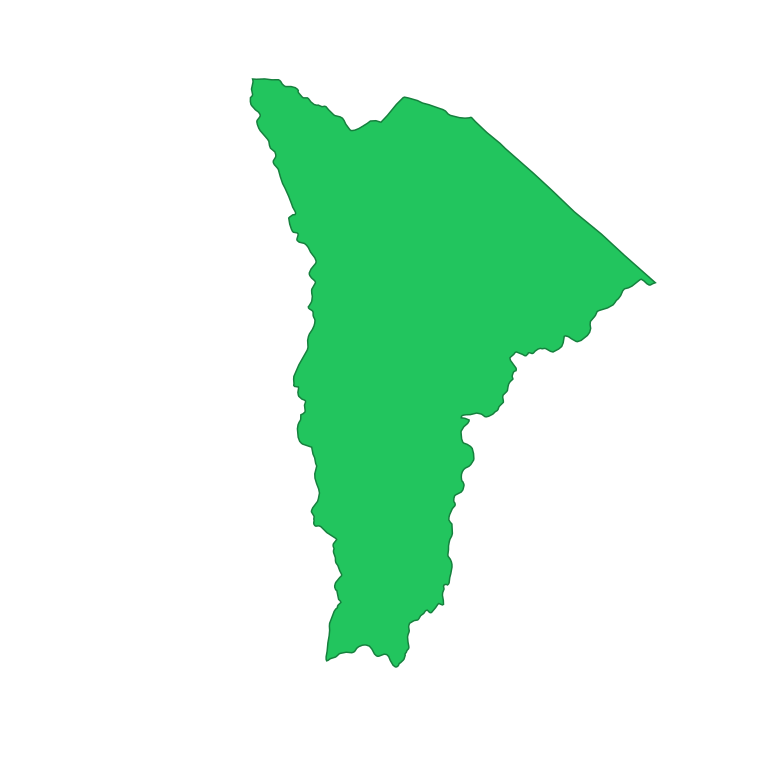 Mwanza, Mwanza, Malawi, rotated 199°
{"feature_id": "42251766B31446962769453", "entity_name": "Mwanza", "entity_type": "district", "adm_level": 2, "iso_a3": "MWI", "parent_name": "Malawi", "parent_adm1": "Mwanza", "projection": "orthographic", "projection_center": [34.516, -15.608], "detail": "fine", "context": "isolated", "style": "filled", "palette": "green", "viewbox_px": 768, "rotation_deg": 199, "n_neighbors": 0, "source": "geoboundaries", "source_scale": "gbopen_adm2", "svg_char_len": 6171}
<svg xmlns="http://www.w3.org/2000/svg" viewBox="0 0 768 768"><g transform="rotate(199 384 384)"><path d="M388.7,664.4L390.1,663.4L394.0,661.7L399.4,660.4L408.7,659.6L411.2,660.1L414.7,662.1L417.3,662.6L432.5,662.7L439.1,662.2L444.6,662.9L454.1,662.4L458.0,661.9L459.1,661.0L463.3,652.4L468.2,639.1L472.1,630.5L477.4,630.3L482.5,628.2L484.7,624.9L490.9,617.4L494.2,614.5L496.7,613.2L498.0,612.9L499.3,613.5L504.7,617.2L507.6,620.2L509.8,621.8L512.5,622.3L517.9,621.8L519.3,622.2L525.6,625.2L529.1,627.3L530.5,627.3L532.9,626.0L537.0,626.3L538.3,625.7L541.0,625.5L544.9,626.9L548.3,629.2L549.6,629.6L553.4,628.3L554.8,628.7L559.4,631.4L560.4,632.3L560.6,633.6L561.8,634.5L564.4,635.3L568.6,635.0L573.8,633.2L575.4,633.4L577.9,634.5L580.1,636.4L581.5,637.1L582.9,637.3L589.1,635.1L596.2,633.6L603.8,630.6L607.6,629.6L606.5,627.9L606.1,626.5L605.3,619.7L602.5,615.0L602.4,613.6L603.5,611.2L602.3,607.5L600.8,605.0L599.7,604.1L594.9,601.4L591.1,600.2L588.9,598.5L588.3,597.2L588.5,595.8L589.8,591.9L589.6,590.5L588.2,588.1L585.7,585.1L583.5,583.2L573.9,577.6L571.9,576.0L569.9,572.2L568.1,570.0L562.7,567.9L561.1,565.7L560.5,564.4L560.4,563.1L561.3,559.1L561.0,557.8L560.2,556.7L559.1,555.7L554.5,553.1L553.5,552.1L549.5,546.2L545.1,540.5L541.2,536.8L535.2,530.4L529.6,523.7L528.0,521.6L523.8,517.8L523.1,516.5L523.3,515.2L525.3,514.3L527.6,511.1L528.1,509.9L525.2,504.5L522.1,500.4L520.3,498.6L519.1,498.0L515.3,498.6L514.1,498.0L513.7,496.7L513.5,492.5L512.8,491.4L510.4,490.5L505.0,491.0L502.4,490.0L500.0,488.4L496.3,484.7L490.5,480.8L488.5,478.5L487.9,477.2L487.9,475.8L490.4,469.0L490.8,464.7L490.3,463.4L489.4,462.3L487.1,460.7L483.3,459.1L482.2,458.3L481.8,457.1L483.1,450.3L482.9,448.9L481.8,446.2L480.3,443.6L479.4,439.4L479.3,438.0L480.2,433.6L480.7,432.4L480.1,431.3L478.9,430.7L476.2,430.1L475.0,429.5L474.3,428.5L473.4,425.9L472.6,424.7L470.6,422.7L469.9,421.5L469.3,419.0L469.1,416.2L469.5,412.2L470.8,407.1L470.9,404.3L470.4,400.4L467.8,394.0L467.6,391.2L470.7,374.6L471.7,361.9L471.0,359.1L469.3,355.2L468.9,353.3L467.8,352.6L464.0,353.3L463.4,352.2L462.7,348.1L461.4,345.6L460.5,344.6L456.8,343.0L454.2,342.9L452.9,342.6L452.3,341.4L452.3,338.1L449.9,333.2L449.6,331.9L450.8,329.6L452.6,327.8L451.4,324.0L451.2,322.7L451.8,320.2L452.0,317.5L451.3,313.5L447.8,305.7L445.1,302.4L442.8,301.1L441.4,300.7L431.8,300.7L428.3,294.6L425.5,291.6L422.7,286.6L420.9,284.6L420.2,276.5L418.6,272.5L415.3,267.9L411.6,263.5L409.5,259.9L408.7,254.2L408.6,251.4L411.1,243.7L411.3,240.9L411.0,239.5L406.9,236.0L406.4,233.4L405.7,232.3L405.2,229.7L404.5,228.5L403.3,227.6L402.1,227.4L399.7,228.6L398.5,228.7L397.1,228.5L389.7,224.9L379.2,222.3L378.1,221.5L379.8,216.5L379.7,215.2L379.2,214.0L377.5,211.9L377.6,210.6L377.3,209.3L376.7,208.1L373.4,203.9L372.4,201.2L371.7,199.9L370.8,198.9L368.6,197.4L365.1,193.1L362.1,190.2L361.7,188.9L362.9,186.5L364.8,181.3L365.1,179.9L364.9,177.1L364.4,175.8L362.7,173.7L361.4,173.4L356.8,165.6L354.5,164.5L353.6,163.5L355.4,160.0L355.6,158.7L355.2,157.4L356.4,155.4L357.1,152.8L357.5,140.0L356.8,137.3L355.2,133.4L353.9,128.1L352.8,121.1L350.8,112.9L349.9,107.2L349.0,104.7L348.1,103.6L347.0,104.4L345.4,106.7L344.4,107.5L341.1,109.9L340.3,110.9L338.5,114.3L337.4,115.2L332.4,118.1L327.0,119.4L325.9,120.2L325.0,121.1L324.4,122.4L323.8,125.1L322.4,127.4L319.4,130.0L317.0,131.1L315.6,131.4L312.4,131.4L309.0,129.3L305.1,125.6L302.6,124.5L301.3,124.5L300.2,125.0L295.9,128.6L293.4,129.1L290.8,127.8L288.0,124.6L283.8,121.0L281.2,120.2L280.0,120.6L279.1,121.6L278.7,122.9L278.6,124.8L277.7,125.7L275.9,129.2L275.5,130.4L275.6,134.3L276.2,135.5L275.5,138.0L275.6,139.3L274.6,141.7L274.7,143.0L275.3,144.3L277.3,147.8L279.4,152.5L279.7,155.0L279.6,157.6L279.8,158.9L281.6,162.3L281.9,163.6L281.9,166.1L278.6,170.0L275.3,171.9L274.7,173.1L273.9,176.9L271.7,180.1L271.1,182.6L270.4,183.7L269.3,184.3L267.1,183.1L265.8,182.8L264.7,183.4L262.4,189.3L261.4,193.1L260.7,194.3L256.9,194.1L256.0,195.0L257.4,198.6L260.0,203.3L260.6,205.8L260.5,209.7L261.8,212.0L261.9,213.3L261.0,214.3L259.8,214.8L258.5,214.7L257.9,215.9L257.7,217.2L258.8,222.4L259.1,226.4L260.1,233.0L261.0,235.5L262.4,237.8L264.2,239.8L267.3,242.0L268.0,243.2L269.1,248.4L270.3,252.0L270.9,255.9L271.1,258.5L270.5,262.4L270.7,265.0L274.2,273.7L276.5,275.0L278.5,276.7L279.2,279.2L279.4,281.9L278.8,288.4L277.3,292.1L277.5,293.3L278.2,294.5L279.3,295.2L280.0,296.2L280.7,298.7L280.8,301.3L280.2,302.4L275.8,307.0L275.0,309.4L275.0,310.7L275.3,314.0L275.8,315.2L277.6,317.2L278.7,317.7L279.5,318.8L280.6,321.1L281.3,323.7L281.4,326.3L280.9,328.8L280.3,330.0L279.6,331.1L276.9,333.8L275.7,336.1L274.5,341.2L274.7,342.6L276.7,347.4L279.6,351.8L281.8,353.1L283.1,353.4L285.6,354.0L289.5,354.1L290.6,354.7L292.7,357.3L295.4,363.3L295.7,364.5L294.6,369.6L292.1,373.9L291.5,376.5L291.8,377.7L296.3,377.9L300.0,377.2L300.2,378.6L299.7,379.7L298.6,380.5L296.3,381.7L292.5,383.1L286.9,386.7L283.0,387.2L281.7,387.2L278.0,386.0L276.7,386.2L274.5,387.6L271.8,390.4L271.0,391.4L269.9,393.8L268.3,395.8L267.9,397.0L267.9,399.6L267.5,400.9L265.2,405.5L265.6,406.8L267.5,410.2L267.8,412.2L265.5,416.8L265.2,418.1L265.9,422.0L266.1,424.7L265.5,427.2L263.7,430.7L265.2,432.7L265.5,434.0L265.5,436.6L265.3,437.8L264.5,438.8L263.5,439.6L263.7,440.9L264.3,442.0L272.0,447.4L273.5,449.6L273.0,450.8L271.0,454.2L270.2,456.6L269.2,457.4L262.7,457.1L260.2,456.6L259.0,456.9L257.8,459.2L257.6,460.5L256.4,461.0L253.9,461.0L252.8,461.9L251.8,464.3L250.3,466.4L249.5,467.4L247.8,468.6L245.9,468.8L243.7,470.0L242.4,470.1L237.2,469.1L234.6,469.3L230.2,474.0L228.2,477.3L228.0,481.3L229.1,487.7L228.1,488.6L225.5,488.8L224.2,488.6L221.6,487.8L216.2,486.8L214.9,487.0L211.8,489.4L207.5,496.1L206.4,499.9L206.7,503.9L208.5,507.3L209.2,510.3L206.8,516.5L206.4,517.8L206.1,521.7L205.3,522.8L204.3,523.7L197.4,528.7L193.1,533.5L192.2,536.1L191.5,538.7L190.2,540.9L189.0,544.7L188.6,549.9L187.6,552.3L184.2,554.5L181.4,557.3L175.8,566.1L174.7,566.8L171.8,566.1L168.1,564.4L165.5,563.9L164.3,564.4L162.5,566.4L160.4,568.1L198.8,584.0L227.2,596.5L260.0,608.7L288.8,622.0L310.4,631.5L345.9,646.1L352.6,649.3L368.5,655.2L383.0,661.8L387.9,664.4L388.7,664.4Z" fill="#22c55e" stroke="#15803d" stroke-width="1.5"/></g></svg>